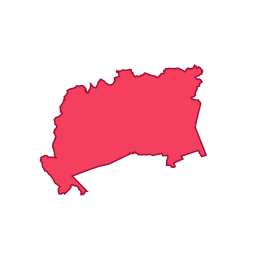 Tepechitlán, Zacatecas, Mexico, rotated 329°
{"feature_id": "50627088B62604007520144", "entity_name": "Tepechitlán", "entity_type": "district", "adm_level": 2, "iso_a3": "MEX", "parent_name": "Mexico", "parent_adm1": "Zacatecas", "projection": "natural_earth1", "projection_center": [-103.352, 21.615], "detail": "fine", "context": "isolated", "style": "filled", "palette": "rose", "viewbox_px": 256, "rotation_deg": 329, "n_neighbors": 0, "source": "geoboundaries", "source_scale": "gbopen_adm2", "svg_char_len": 5721}
<svg xmlns="http://www.w3.org/2000/svg" viewBox="0 0 256 256"><g transform="rotate(329 128 128)"><path d="M35.2,149.2L36.1,149.8L36.7,149.8L37.1,150.2L37.3,150.1L37.6,149.8L39.7,150.6L39.7,151.7L40.6,152.0L41.1,151.3L42.6,151.3L44.2,150.8L44.9,150.3L45.2,150.6L46.4,150.6L47.1,149.8L48.2,149.7L48.6,149.4L49.0,148.2L50.0,147.7L50.5,147.7L51.7,148.9L52.6,150.1L53.6,150.9L54.9,153.4L54.8,154.1L54.2,155.2L54.8,156.6L55.3,158.0L55.0,158.7L54.7,158.7L54.8,159.5L54.5,159.8L53.6,160.3L53.5,161.1L54.1,161.3L54.6,161.2L54.9,161.6L55.9,162.0L58.3,160.8L59.6,159.6L59.7,160.7L60.3,161.1L55.3,140.4L70.2,143.1L82.4,145.6L93.4,149.1L112.6,150.8L115.7,151.3L116.1,150.4L116.7,150.6L117.2,151.2L117.8,151.5L119.0,152.5L119.6,151.7L120.6,152.5L120.8,152.3L121.3,152.7L121.9,152.6L121.9,153.7L122.6,154.0L122.7,154.3L122.9,155.8L123.1,156.2L128.8,159.6L129.7,160.3L133.3,161.9L135.2,164.3L144.1,167.3L143.3,169.5L147.8,172.0L146.8,174.2L145.7,175.1L144.8,175.5L141.9,179.9L145.3,181.5L145.0,183.6L146.5,185.0L148.5,185.4L149.2,181.5L159.1,182.8L159.3,179.4L164.2,180.8L165.4,180.9L171.1,182.1L176.5,183.4L176.4,186.6L176.5,190.5L181.0,191.5L182.6,182.5L184.1,172.7L184.8,169.3L185.9,161.9L187.3,160.6L187.8,159.7L202.9,144.4L203.1,143.0L202.7,142.3L202.4,141.5L202.9,140.5L202.8,140.2L201.4,139.7L200.3,138.9L199.2,137.7L198.5,136.5L197.7,136.1L197.5,135.8L197.6,135.6L197.7,134.4L198.0,134.4L198.1,134.6L199.6,134.7L200.8,135.1L201.6,134.7L202.7,134.6L202.6,133.9L203.1,133.4L203.6,133.2L203.6,132.9L204.1,132.3L204.2,131.7L205.0,131.6L206.5,131.0L206.6,130.5L207.1,130.1L207.6,129.8L208.2,128.3L209.0,128.3L209.7,128.6L210.9,128.8L211.2,128.7L211.9,126.9L212.3,126.7L212.7,126.9L213.2,126.7L214.4,126.9L215.1,126.7L215.1,126.2L215.2,125.6L215.1,125.4L215.2,124.8L214.9,124.7L215.0,124.0L214.9,123.7L214.2,122.7L213.6,122.3L212.4,122.2L212.3,121.0L211.7,119.3L212.6,118.8L213.5,119.0L215.5,119.6L216.5,119.6L217.6,119.0L218.5,119.5L219.2,119.5L221.3,117.7L221.2,117.3L220.9,117.3L221.2,116.9L220.9,116.6L221.1,116.2L221.2,115.6L220.9,115.1L221.1,114.8L220.5,112.8L219.9,111.9L219.6,111.8L218.8,112.6L218.6,112.6L218.3,112.2L217.7,112.1L217.9,111.5L218.0,110.4L218.2,110.2L218.2,109.8L217.3,108.5L216.3,109.2L216.2,109.7L215.3,109.6L214.3,110.3L213.9,110.4L213.2,110.3L212.8,109.4L211.9,109.5L211.6,109.7L211.3,109.7L211.1,109.2L211.1,108.7L211.0,108.2L210.6,107.9L210.0,107.6L209.3,107.6L208.7,108.0L208.4,107.9L207.9,108.1L207.4,109.1L207.1,109.2L206.4,109.0L205.8,109.1L205.8,108.5L205.3,108.2L204.7,107.4L204.1,106.0L203.3,104.7L203.0,104.8L202.8,103.7L202.0,102.8L200.0,101.7L199.2,101.7L198.8,101.3L197.9,100.8L197.6,100.5L197.0,100.3L196.3,99.7L194.4,98.5L194.0,98.1L193.5,97.8L192.6,97.8L191.6,96.9L190.4,96.7L189.4,97.5L188.8,97.5L188.4,97.2L188.0,97.4L187.7,98.0L187.8,98.1L187.6,99.2L187.0,99.6L186.5,99.6L185.8,99.3L185.2,98.6L183.4,98.9L182.6,99.4L182.5,99.7L181.5,99.4L180.8,99.9L180.4,99.9L179.0,99.5L178.7,99.3L178.5,98.7L178.0,98.3L178.2,97.8L177.7,97.2L176.2,96.3L175.8,95.6L172.6,92.0L171.8,90.7L170.9,89.6L170.3,89.9L169.7,89.7L169.6,90.1L168.5,90.3L168.2,90.1L167.5,89.9L165.9,89.4L165.7,90.0L164.1,89.6L163.3,89.1L162.5,88.1L162.4,88.1L162.2,88.3L161.9,87.8L161.2,87.8L160.2,87.2L160.2,86.5L160.0,86.1L160.1,84.7L160.0,83.9L160.6,83.0L159.8,82.7L160.3,80.3L160.6,80.1L160.8,79.6L159.3,78.6L158.2,78.5L157.8,78.1L157.1,78.1L155.9,77.5L153.8,75.9L152.5,75.3L151.0,75.6L149.5,75.4L149.5,74.3L148.6,74.3L147.9,73.2L147.5,73.6L147.1,73.8L147.2,74.5L147.9,74.7L148.2,75.3L147.6,77.3L147.7,78.2L147.5,79.1L146.6,79.1L143.2,78.5L143.2,78.2L142.3,78.0L141.7,79.2L141.7,79.6L141.3,80.1L141.4,80.5L141.6,80.6L141.1,80.8L140.1,81.5L139.6,81.5L137.9,82.6L137.3,82.4L136.4,82.5L135.7,82.1L134.7,82.0L134.0,81.4L133.2,80.3L133.0,79.4L132.5,79.1L132.1,77.9L132.0,76.9L131.7,75.6L131.2,75.2L131.0,74.4L130.8,74.4L130.4,73.9L130.3,72.5L129.6,72.3L128.3,72.4L127.8,73.3L127.2,73.0L126.3,73.3L125.7,73.7L125.6,74.1L121.4,77.1L120.3,76.1L119.5,74.9L119.0,73.9L118.9,72.6L119.0,71.6L118.7,70.7L117.7,72.6L117.0,73.6L115.5,75.0L114.2,75.4L113.7,75.7L112.7,77.3L110.9,77.1L110.8,76.6L111.6,75.8L111.3,75.4L110.4,75.2L110.4,74.6L111.2,74.2L111.2,73.7L111.4,74.0L111.6,74.0L111.4,73.2L111.8,72.9L112.1,71.8L111.7,70.1L111.0,68.9L110.9,68.4L110.6,68.3L109.9,67.7L107.7,67.1L106.7,66.1L105.6,65.4L105.2,65.4L104.7,65.9L104.2,66.1L102.6,66.0L100.2,65.4L98.3,64.7L95.1,64.5L95.1,65.2L94.8,66.0L94.6,66.3L94.2,66.4L93.6,67.3L92.9,67.3L92.6,67.6L92.1,67.6L91.0,68.1L89.2,68.5L88.1,71.5L87.2,70.8L86.1,72.5L85.0,72.9L83.8,73.6L81.6,74.4L80.6,75.1L79.9,76.3L79.6,78.0L79.2,78.1L78.6,79.5L79.1,79.7L78.8,81.4L78.5,82.1L74.3,82.6L72.3,82.2L72.1,81.9L71.7,82.0L69.5,82.6L68.8,83.3L68.8,84.2L67.8,86.1L67.4,87.4L67.9,88.5L67.9,89.8L67.8,90.2L67.4,90.3L67.0,90.9L66.5,91.1L65.3,91.4L65.2,91.6L64.2,91.6L63.9,92.6L63.2,92.6L63.0,93.7L62.1,93.6L61.9,98.0L61.0,98.9L60.4,99.1L59.9,100.1L59.1,100.3L59.0,100.9L57.8,101.1L57.2,101.6L57.1,102.0L56.7,102.0L56.3,102.3L55.8,102.9L55.5,102.9L55.1,103.1L54.9,103.5L54.6,104.7L54.4,105.1L53.8,105.2L53.4,107.1L53.4,108.1L53.0,108.8L52.5,110.9L51.1,113.2L50.9,114.1L51.0,116.6L50.6,116.5L50.1,116.1L49.6,115.4L48.7,114.4L46.4,113.2L45.7,112.5L44.5,112.1L44.4,111.7L44.2,111.6L44.5,111.2L44.2,110.2L43.0,109.0L42.3,108.6L41.2,108.6L40.9,108.9L39.8,108.8L39.3,108.4L38.2,108.4L38.0,108.8L37.4,110.0L36.9,109.9L36.3,110.6L36.1,112.1L36.4,112.4L36.6,113.0L36.6,113.3L36.1,114.0L36.2,114.4L35.9,115.1L34.8,117.1L34.8,119.0L35.0,119.5L34.7,122.0L35.6,122.4L36.3,125.0L36.4,126.8L37.1,128.7L37.5,133.2L37.1,136.4L37.2,137.8L37.6,138.8L38.4,139.8L38.5,140.2L38.4,140.9L39.6,143.1L38.9,143.6L37.4,144.0L36.2,145.2L35.9,146.4L35.1,148.0L35.4,148.8L35.2,149.2Z" fill="#f43f5e" stroke="#9f1239" stroke-width="1.5"/></g></svg>